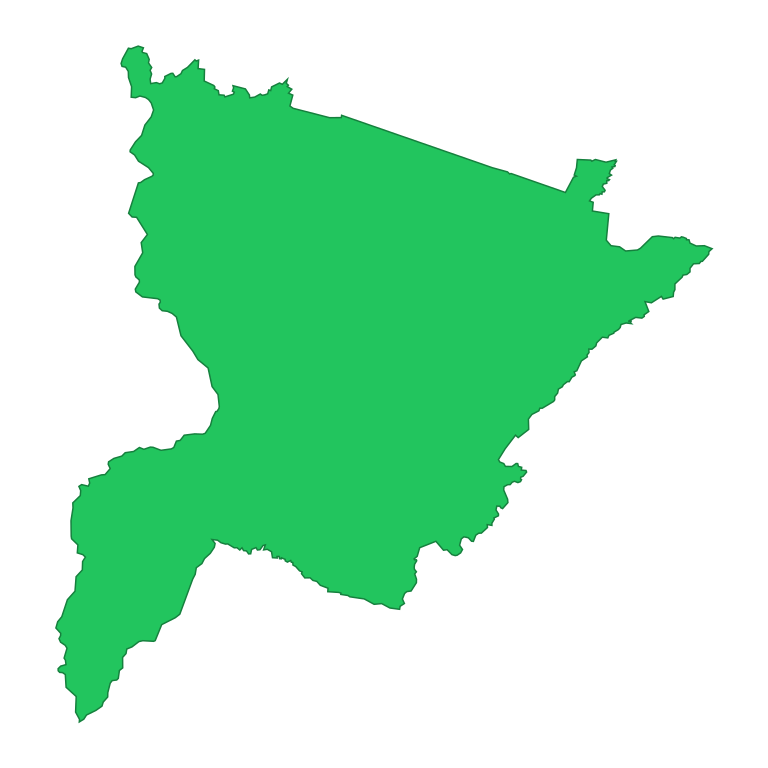 Acateno, Puebla, Mexico
{"feature_id": "50627088B68645229361242", "entity_name": "Acateno", "entity_type": "district", "adm_level": 2, "iso_a3": "MEX", "parent_name": "Mexico", "parent_adm1": "Puebla", "projection": "albers", "projection_center": [-97.228, 20.1], "detail": "fine", "context": "isolated", "style": "filled", "palette": "green", "viewbox_px": 768, "rotation_deg": 0, "n_neighbors": 0, "source": "geoboundaries", "source_scale": "gbopen_adm2", "svg_char_len": 6009}
<svg xmlns="http://www.w3.org/2000/svg" viewBox="0 0 768 768"><path d="M615.8,159.8L606.0,162.2L595.4,159.5L591.8,161.2L590.8,160.1L577.3,159.5L576.5,167.8L574.2,175.1L576.4,176.2L573.5,177.2L565.4,192.5L511.0,173.5L509.7,174.0L507.5,171.9L492.3,167.7L341.6,115.3L341.3,117.6L329.6,117.7L293.1,108.3L289.9,106.0L292.8,95.1L288.5,93.2L291.8,89.2L287.2,86.6L288.4,85.2L286.3,83.3L287.4,79.3L282.3,84.3L279.5,83.0L271.6,86.9L270.7,90.6L268.8,89.9L267.7,93.8L264.6,94.9L262.1,95.3L260.3,94.0L254.7,97.1L249.7,97.8L249.4,95.0L245.4,88.9L233.0,85.7L233.6,87.9L232.4,91.2L234.3,92.2L233.4,94.2L224.9,96.9L224.1,95.2L219.0,94.8L218.3,90.7L214.3,88.7L214.9,87.0L213.8,85.5L204.2,81.0L204.5,69.4L198.1,68.6L198.6,60.1L196.2,61.0L194.9,59.8L187.5,67.4L182.5,70.5L181.0,73.7L176.7,76.6L175.1,76.8L172.8,73.3L171.0,73.4L164.8,76.5L164.9,78.3L162.3,82.9L159.6,83.8L156.4,82.6L150.7,83.6L150.1,79.1L151.6,74.0L150.1,70.3L151.7,67.5L148.5,62.9L149.2,59.4L146.7,53.6L142.6,52.5L142.0,51.5L143.4,47.8L138.2,46.1L131.2,48.7L128.4,48.2L122.6,58.8L121.1,63.5L122.0,66.4L125.7,67.2L128.3,71.4L128.5,77.5L131.6,86.7L131.2,97.2L135.6,97.7L139.9,96.0L145.5,97.5L148.5,99.5L151.2,102.9L153.6,110.0L151.2,116.9L144.9,125.0L141.6,135.4L135.5,141.8L130.2,150.0L130.1,151.8L134.6,155.0L138.5,161.2L148.5,167.6L153.3,173.4L153.1,175.3L151.7,176.4L144.5,179.7L140.7,182.5L138.4,182.9L128.6,213.3L132.1,217.0L136.6,217.3L147.4,234.5L141.2,242.6L142.7,252.8L134.9,266.4L135.0,274.8L135.9,277.0L139.3,279.9L139.4,282.2L135.3,289.1L135.8,291.9L142.4,296.9L157.7,298.7L160.1,300.1L160.3,302.2L159.0,304.1L159.4,308.1L162.2,310.7L167.4,311.3L172.1,313.4L176.4,317.0L181.0,335.8L192.8,351.1L197.9,359.6L208.1,368.0L212.1,386.6L218.0,394.5L219.3,406.5L218.9,408.5L217.0,411.4L215.7,411.6L212.3,418.4L210.5,425.4L205.2,433.3L202.6,434.2L194.7,433.9L184.2,435.2L180.2,440.4L176.4,441.1L173.8,447.5L171.3,448.9L161.0,450.3L153.1,447.3L150.3,447.1L143.9,449.3L139.4,447.5L133.6,451.5L125.2,452.7L121.8,456.1L113.9,458.4L108.6,461.8L108.2,464.2L110.2,468.6L105.1,474.6L101.3,474.9L88.8,478.8L89.7,483.1L88.3,486.2L81.6,484.6L78.9,486.4L80.7,490.6L80.3,495.6L72.8,502.9L73.0,508.0L71.0,520.7L71.2,536.2L71.6,538.8L77.9,544.9L77.3,552.9L82.8,554.6L85.4,557.1L82.6,561.5L82.3,570.0L76.1,576.7L75.0,591.2L67.4,599.7L61.8,616.7L57.7,621.7L55.9,628.0L60.7,633.3L60.6,635.6L59.0,638.7L60.6,642.2L65.2,645.3L67.0,648.2L64.1,658.1L65.4,660.1L66.0,664.6L60.7,666.1L58.1,668.7L58.2,670.8L59.7,672.4L62.5,672.6L65.3,674.5L66.1,687.3L76.2,696.5L75.6,712.1L79.5,719.3L79.3,721.9L83.8,719.2L86.5,715.0L95.9,710.4L102.0,706.1L103.2,702.1L107.7,697.0L107.8,692.6L110.2,683.2L112.2,680.6L116.7,680.0L118.3,678.4L119.4,670.5L122.7,667.9L122.6,657.4L126.0,653.6L126.8,649.0L132.0,646.9L138.9,641.6L142.8,640.7L153.7,641.3L155.2,640.6L161.7,624.6L175.3,617.7L179.8,614.2L192.7,579.1L195.2,574.3L196.3,567.7L201.9,563.6L204.5,558.6L210.3,553.3L214.3,547.3L215.1,543.5L212.0,539.5L217.6,540.2L220.9,542.7L225.5,544.1L227.7,543.9L234.2,547.8L237.0,547.7L239.8,550.0L242.0,547.8L243.6,550.6L246.5,550.9L248.6,553.9L250.7,553.8L251.6,549.4L256.0,547.6L257.4,550.0L260.0,549.7L263.0,545.5L265.3,544.9L263.6,549.9L267.3,549.3L271.5,551.7L272.5,557.7L277.2,558.0L277.0,556.5L279.1,556.4L279.6,558.7L281.3,558.8L281.4,557.8L285.2,559.4L285.2,560.8L287.4,562.1L290.7,560.5L291.3,562.2L292.8,562.5L293.0,565.1L295.7,566.5L299.5,570.8L302.1,571.9L301.5,573.7L304.8,577.9L310.1,577.8L312.9,580.4L316.8,581.4L320.3,585.3L328.0,588.2L327.8,591.7L338.6,592.4L340.9,593.1L340.8,594.4L348.0,595.5L349.8,596.8L364.2,598.9L374.1,604.3L381.7,603.6L389.9,608.0L399.6,609.3L400.1,606.3L404.4,603.5L402.4,599.0L404.6,593.5L406.8,591.6L411.1,591.0L416.4,582.7L416.5,579.2L414.7,573.9L416.4,571.8L414.4,569.2L414.2,567.2L414.6,564.2L416.7,560.8L416.4,559.8L414.5,559.8L414.1,558.9L417.2,556.3L419.7,547.7L435.9,541.3L443.5,550.2L447.1,549.7L451.9,554.6L455.2,555.6L457.2,555.2L460.6,552.9L462.5,549.5L459.6,545.2L461.3,538.9L463.8,536.9L465.9,537.2L468.4,537.8L471.5,541.2L473.4,541.4L475.8,535.2L478.7,533.2L481.4,533.1L487.5,527.5L487.2,524.6L491.9,525.4L491.9,523.2L494.3,519.2L493.9,518.0L498.4,515.8L498.5,514.0L496.0,510.0L496.8,506.1L499.9,506.2L500.7,507.7L502.6,508.6L507.9,502.6L507.6,499.2L503.7,490.0L504.0,486.7L507.6,484.7L510.2,484.6L512.2,482.2L514.5,481.3L517.9,482.6L520.5,481.6L521.5,479.7L520.6,479.2L520.7,477.2L523.1,476.3L526.6,472.1L526.0,470.5L521.3,470.1L521.7,467.3L518.4,466.4L517.7,463.6L516.1,463.5L512.0,466.5L505.4,466.4L503.8,463.6L499.8,462.0L498.4,459.6L505.2,448.7L515.5,435.2L518.2,437.6L528.7,429.4L528.4,419.1L531.9,414.4L538.9,410.8L539.8,408.2L542.3,408.2L553.6,401.4L554.7,399.9L554.7,396.6L557.6,393.1L558.4,389.1L562.3,386.8L563.4,384.7L567.4,381.6L569.2,381.7L571.9,377.2L574.7,375.7L575.3,374.9L574.2,371.8L576.8,370.8L581.4,360.9L587.4,356.8L587.0,355.1L589.0,352.6L588.8,349.1L592.0,349.2L595.9,345.9L596.6,342.9L602.3,337.2L607.8,337.9L609.0,335.3L613.8,333.2L614.0,332.2L618.5,329.5L620.2,327.5L621.0,324.5L626.1,323.0L631.3,323.6L630.5,322.9L631.1,321.3L628.9,321.4L629.0,320.8L635.7,317.4L641.9,318.1L644.3,316.4L644.0,314.9L648.8,311.5L645.0,301.6L651.4,302.8L661.4,296.4L663.1,299.1L673.2,296.5L673.6,292.2L674.9,289.7L674.9,284.0L682.1,277.2L683.0,275.1L686.8,274.5L690.0,271.9L690.0,268.3L693.5,263.8L699.3,263.5L700.8,261.5L702.4,261.3L708.7,254.3L708.9,251.6L712.1,248.7L704.4,245.7L696.3,246.0L690.0,243.1L689.0,239.8L686.5,239.8L686.4,238.5L683.5,237.3L681.5,236.8L679.8,238.1L675.1,237.3L673.6,238.7L672.4,237.6L658.3,236.0L652.3,236.7L640.5,248.2L637.5,250.0L625.6,251.0L619.6,246.8L611.0,245.7L606.3,240.2L608.8,213.7L592.4,211.0L593.2,202.3L589.5,200.9L591.4,198.2L596.0,194.9L599.4,194.8L600.1,193.6L601.9,194.2L602.2,191.9L604.4,191.8L605.1,190.3L602.3,186.6L603.3,184.1L606.8,183.3L606.7,180.7L608.7,180.6L609.5,179.6L607.1,178.7L607.2,177.7L611.5,175.1L609.3,173.6L610.4,170.1L612.8,168.3L612.0,167.0L614.9,166.5L615.2,165.6L614.2,164.8L616.5,161.2L615.2,161.1L615.8,159.8Z" fill="#22c55e" stroke="#15803d" stroke-width="1.5"/></svg>